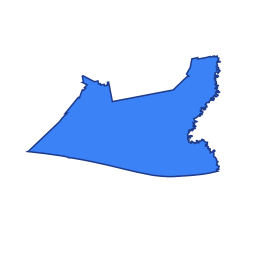 Matamoros, Tamaulipas, Mexico (Equal Earth projection), rotated 79°
{"feature_id": "50627088B46889164342382", "entity_name": "Matamoros", "entity_type": "district", "adm_level": 2, "iso_a3": "MEX", "parent_name": "Mexico", "parent_adm1": "Tamaulipas", "projection": "equal_earth", "projection_center": [-97.465, 25.556], "detail": "fine", "context": "isolated", "style": "filled", "palette": "blue", "viewbox_px": 256, "rotation_deg": 79, "n_neighbors": 0, "source": "geoboundaries", "source_scale": "gbopen_adm2", "svg_char_len": 5530}
<svg xmlns="http://www.w3.org/2000/svg" viewBox="0 0 256 256"><g transform="rotate(79 128 128)"><path d="M79.3,138.3L79.2,139.5L81.6,139.5L81.6,140.1L82.1,140.1L82.1,143.1L80.6,143.1L80.6,146.7L79.1,146.7L79.1,148.5L76.1,148.5L76.1,152.2L68.2,162.1L68.4,163.0L74.6,163.0L74.6,164.0L77.9,159.9L80.1,163.1L80.7,162.0L82.5,164.3L81.8,165.2L82.2,165.8L89.1,169.9L88.4,170.9L101.8,187.0L101.8,185.8L101.7,185.5L101.8,184.9L105.4,190.2L109.0,194.4L127.8,223.9L131.3,229.3L131.7,229.5L131.9,229.9L131.8,230.8L131.9,231.1L137.0,215.0L142.1,200.1L144.2,194.5L145.0,193.0L146.0,191.7L146.3,190.0L147.0,187.9L150.6,178.5L154.2,169.7L160.4,155.3L168.9,136.7L173.4,126.6L178.4,114.4L179.0,113.1L179.4,113.1L179.1,113.0L179.1,112.8L181.7,104.4L183.3,98.2L184.2,93.6L185.7,82.1L186.7,74.0L187.6,63.7L187.8,56.4L187.5,47.9L186.7,48.7L185.9,49.2L185.6,49.1L185.4,48.6L185.8,47.0L185.7,46.6L184.8,46.9L184.4,46.9L183.8,46.5L183.4,45.9L183.0,45.8L182.8,46.6L181.4,47.2L181.5,47.9L181.2,48.2L180.5,47.9L179.9,47.3L178.7,47.3L178.6,47.1L178.5,46.3L178.2,46.1L177.3,47.0L176.5,47.5L176.2,47.5L175.8,47.1L175.5,47.0L174.6,47.6L173.7,47.8L173.0,48.3L172.7,49.2L172.4,49.3L171.4,49.2L170.3,48.7L168.0,48.5L167.6,48.0L167.2,47.1L166.9,47.0L166.1,47.8L166.1,48.1L166.9,49.1L167.8,49.5L167.4,50.1L168.0,51.1L168.0,51.9L165.7,51.6L165.2,52.3L164.8,52.1L164.6,51.5L164.0,51.5L163.9,51.9L163.9,52.8L163.8,53.3L163.1,53.6L162.5,52.7L162.0,52.6L161.8,52.7L160.8,53.9L160.8,55.2L160.6,55.4L159.9,55.3L159.6,53.7L159.4,53.9L159.4,54.9L159.1,55.0L158.8,54.8L158.8,54.5L159.1,53.2L158.1,53.1L157.4,52.7L157.2,52.7L156.9,54.0L156.3,55.0L155.3,55.7L154.2,55.9L154.1,56.4L154.3,57.0L154.1,57.2L153.6,57.0L153.2,57.4L153.4,57.8L154.6,58.5L154.4,60.1L154.6,60.8L154.9,61.0L155.8,61.0L156.1,61.3L156.1,61.5L155.8,61.7L154.9,61.8L154.2,62.1L153.5,62.6L153.4,63.0L153.5,63.3L154.9,63.4L155.2,63.3L155.4,62.9L155.7,63.1L155.6,64.4L156.0,65.6L155.7,65.8L155.7,65.2L155.3,65.0L154.7,66.1L154.1,67.4L153.3,67.6L153.1,68.0L153.3,68.2L154.1,68.1L154.6,68.2L154.8,68.5L154.9,69.0L154.4,68.8L153.9,69.0L153.7,69.4L153.8,70.6L153.6,71.0L153.0,70.9L152.2,71.0L151.5,70.2L151.2,71.1L150.5,71.5L150.2,71.5L149.7,71.2L148.7,71.4L148.5,71.2L148.5,70.9L149.2,70.9L149.5,70.7L149.4,69.7L149.7,68.9L149.5,68.5L149.2,68.5L148.8,69.1L148.7,69.9L148.5,70.0L148.3,69.8L148.0,68.9L148.4,68.0L148.2,67.4L148.4,66.8L148.3,66.6L147.9,66.6L147.5,67.6L147.4,69.4L147.5,70.3L147.7,70.7L146.2,70.9L145.6,70.7L144.1,68.9L143.4,69.3L142.9,69.2L142.7,68.7L143.0,68.0L142.8,67.7L142.4,67.7L141.7,68.2L141.4,68.1L141.5,67.6L141.7,67.2L142.3,67.1L142.4,66.2L142.7,65.9L142.9,65.4L142.5,64.6L142.2,64.5L141.5,65.5L141.3,65.5L141.0,65.2L141.0,64.9L141.3,63.2L141.2,62.1L140.7,62.1L140.0,62.5L139.0,63.9L138.4,63.6L138.4,63.0L139.3,62.1L139.4,61.4L139.2,61.1L138.9,61.3L137.9,62.4L136.9,63.2L136.6,63.2L136.4,63.1L136.6,62.2L136.6,61.9L136.4,61.8L135.7,62.7L135.3,63.0L135.0,63.0L134.9,61.6L135.1,59.7L134.8,59.1L133.8,60.7L132.9,61.4L131.4,61.7L131.1,61.1L131.2,59.8L131.0,59.1L130.5,58.4L130.3,57.6L129.7,57.4L129.6,57.2L129.5,56.6L130.1,55.5L130.1,54.9L129.7,54.8L128.3,55.1L128.1,54.9L128.2,54.6L129.0,53.5L129.0,52.8L128.8,52.8L128.2,54.1L127.8,54.0L127.8,52.6L127.7,52.1L126.7,51.5L126.2,51.5L125.9,51.8L125.7,52.7L125.7,53.6L125.3,53.8L124.9,53.7L124.4,53.4L124.4,53.1L124.7,52.5L124.5,52.2L123.4,51.9L122.5,52.4L122.1,52.3L122.0,51.8L122.3,51.2L123.6,50.3L124.6,50.0L124.7,49.3L124.4,48.4L123.4,48.1L123.7,49.2L123.7,49.7L123.4,50.3L122.9,50.5L122.6,50.1L122.5,48.9L122.1,47.9L122.4,46.7L122.3,46.4L121.5,46.6L120.5,46.6L119.8,47.6L119.3,47.4L118.9,46.6L118.0,45.7L118.4,44.5L118.4,43.5L117.1,43.1L116.6,42.0L116.7,41.4L116.4,41.1L116.0,41.0L115.1,41.3L114.7,41.2L114.5,40.9L114.6,40.0L115.0,39.6L115.7,39.9L116.1,40.6L116.5,40.5L116.8,39.9L117.0,38.8L116.9,38.4L116.6,38.4L116.1,39.5L115.5,39.6L115.4,39.4L115.7,38.3L115.6,37.7L115.3,37.7L115.0,38.0L114.8,38.7L114.3,38.9L113.4,37.9L112.5,37.3L112.2,36.8L112.3,36.4L113.4,36.6L114.0,36.1L114.1,35.9L114.1,35.0L113.6,34.1L112.9,33.3L112.7,33.4L112.1,34.2L112.0,34.7L112.1,35.3L111.9,35.7L111.0,34.9L109.7,35.1L109.4,35.0L109.5,34.0L110.3,33.3L110.5,32.6L110.6,32.1L110.2,31.3L110.0,31.5L110.0,32.6L109.6,33.1L109.3,33.0L109.0,32.1L108.7,32.1L108.4,32.3L108.2,32.9L108.7,33.3L108.6,33.6L108.3,33.7L106.5,33.4L105.8,32.4L105.7,32.4L105.5,33.0L105.6,33.6L106.2,34.4L106.1,35.0L105.8,35.1L105.0,34.0L105.1,32.8L104.3,32.7L104.0,31.8L103.6,31.3L103.4,31.5L103.3,32.0L103.2,33.7L102.5,33.8L101.6,34.3L101.4,34.1L101.9,33.1L101.7,32.7L100.7,32.7L99.5,32.5L99.3,32.6L99.4,33.2L98.3,33.0L97.5,33.7L97.3,33.5L97.3,32.8L96.8,32.6L95.9,33.6L95.4,33.8L95.0,33.2L95.3,30.6L95.1,30.1L94.4,29.4L93.2,30.0L93.1,30.5L93.3,31.0L94.2,31.5L94.3,31.7L93.4,32.3L93.2,33.0L92.8,32.9L92.3,32.1L91.4,32.3L90.9,32.1L90.1,31.0L90.0,30.4L90.5,29.4L91.2,29.4L91.4,29.0L90.8,28.2L90.2,28.4L89.9,28.3L89.7,28.1L89.7,27.0L89.5,26.8L88.5,27.3L88.0,27.8L87.8,29.1L88.1,29.8L87.7,30.1L87.2,29.8L87.5,28.2L87.3,27.8L87.0,27.6L85.8,27.7L85.4,28.8L84.7,29.8L84.4,29.6L84.2,28.6L83.8,28.3L83.3,28.2L82.1,28.5L81.1,28.2L80.6,28.3L80.4,26.7L80.7,26.1L80.8,25.5L80.7,25.0L80.5,24.9L80.3,24.9L80.1,25.2L79.4,27.5L79.1,27.4L78.6,26.4L78.2,26.0L76.7,25.6L76.5,26.5L76.2,26.8L75.7,26.9L74.8,26.6L74.4,26.7L74.6,27.9L74.4,28.7L74.7,28.8L74.6,29.8L73.8,29.7L73.9,30.7L73.8,30.9L74.3,33.1L73.5,33.6L73.9,40.6L73.7,40.6L73.7,46.1L72.2,46.1L72.3,52.1L80.5,55.4L86.2,60.3L86.5,60.2L88.8,58.4L88.9,60.0L89.0,60.5L99.3,76.4L99.1,138.3L79.3,138.3Z" fill="#3b82f6" stroke="#1e3a8a" stroke-width="1.5"/></g></svg>